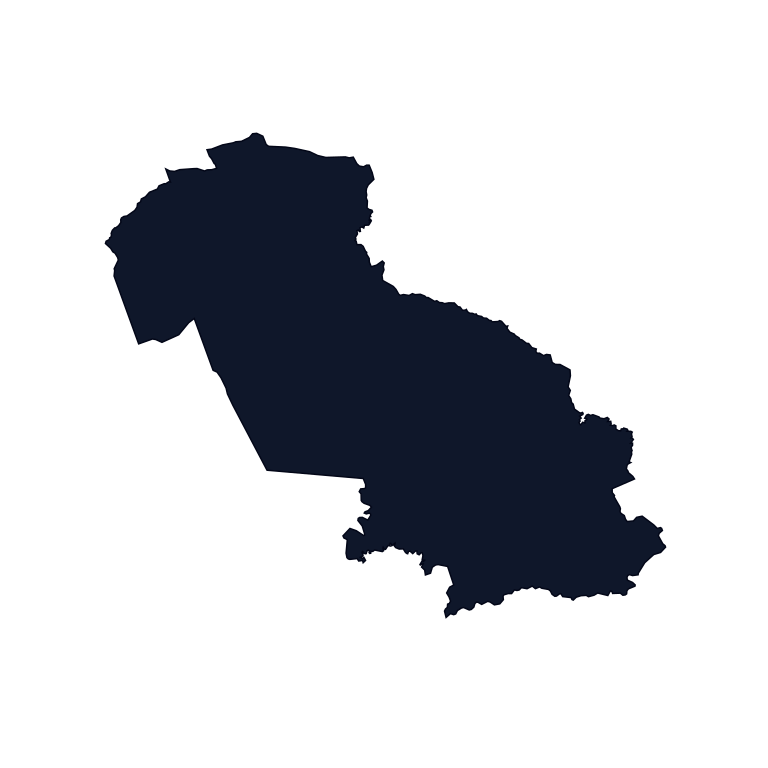 Cascales, Sucumbios, Ecuador, rotated 160°
{"feature_id": "8360857B63398910527025", "entity_name": "Cascales", "entity_type": "district", "adm_level": 2, "iso_a3": "ECU", "parent_name": "Ecuador", "parent_adm1": "Sucumbios", "projection": "mercator", "projection_center": [-77.299, 0.15], "detail": "fine", "context": "isolated", "style": "filled", "palette": "ink", "viewbox_px": 768, "rotation_deg": 160, "n_neighbors": 0, "source": "geoboundaries", "source_scale": "gbopen_adm2", "svg_char_len": 6171}
<svg xmlns="http://www.w3.org/2000/svg" viewBox="0 0 768 768"><g transform="rotate(160 384 384)"><path d="M405.5,143.4L400.1,145.5L397.4,143.4L395.3,143.4L392.5,146.0L387.7,147.0L385.6,146.7L381.2,142.5L379.0,142.3L375.9,143.6L373.7,146.6L371.7,147.4L370.3,146.7L367.6,143.5L360.9,144.3L358.8,142.8L355.8,138.7L350.4,137.8L345.6,140.5L344.8,143.7L343.5,144.9L338.9,144.6L335.8,143.4L331.9,145.9L329.7,144.5L327.5,144.2L324.5,145.6L319.6,142.7L313.8,143.4L311.7,139.9L307.2,140.1L305.6,138.1L299.7,134.7L298.4,132.5L298.0,128.9L296.1,126.1L294.4,125.7L290.7,126.8L289.5,126.4L288.8,123.1L281.2,119.3L281.1,117.2L280.1,116.2L276.3,117.9L271.3,117.7L266.2,116.2L264.6,114.2L258.8,113.7L254.7,114.5L246.0,108.7L242.1,112.1L240.8,111.2L240.8,109.0L233.4,106.6L231.8,103.8L229.5,103.3L227.8,103.8L226.5,106.6L224.4,107.9L217.3,108.2L216.7,109.3L218.3,112.5L222.3,116.4L222.0,118.9L220.4,120.7L218.5,120.9L216.0,119.0L210.5,117.8L209.7,119.3L200.1,126.9L188.8,131.5L181.7,131.1L175.2,134.4L175.2,136.0L176.7,138.5L178.1,147.5L176.5,149.6L172.5,151.1L172.5,153.4L173.3,154.5L176.6,154.8L178.7,159.3L186.6,171.5L192.2,172.3L196.4,170.0L202.5,171.6L203.3,174.2L203.2,178.2L205.7,181.6L205.8,183.7L204.5,185.9L204.4,187.9L206.4,199.4L205.5,200.4L206.7,203.9L205.4,207.6L181.1,209.1L181.8,212.1L184.7,217.2L184.5,218.6L185.3,221.3L183.4,224.5L182.0,225.4L179.0,225.8L180.3,227.1L175.2,233.3L174.6,235.9L173.7,236.4L173.5,239.9L171.4,241.4L170.7,243.4L172.6,244.0L168.6,246.6L169.1,248.0L170.4,248.8L168.9,249.7L168.5,252.5L167.2,253.9L168.2,255.1L171.8,256.5L170.7,257.1L170.9,258.4L173.8,260.6L174.4,260.1L176.4,260.6L177.6,259.1L179.7,260.0L181.5,262.4L180.4,265.4L181.7,266.8L183.4,266.7L185.4,267.8L184.2,268.8L183.7,271.4L186.7,272.3L184.5,274.1L185.6,276.2L189.1,276.1L192.7,278.1L193.2,279.5L198.2,283.7L200.7,283.8L202.4,285.6L204.4,285.5L207.1,283.2L205.3,282.0L205.5,281.2L207.6,280.8L208.6,278.7L210.4,280.1L213.1,278.3L213.6,278.8L214.0,281.2L212.4,282.1L212.6,283.7L210.4,284.5L211.2,286.8L207.6,287.3L206.9,288.4L207.4,289.5L208.8,289.2L210.3,290.4L213.6,295.3L213.1,300.4L214.1,302.4L213.5,306.2L214.4,310.1L211.1,314.3L212.0,318.3L206.0,328.0L204.4,333.6L211.9,342.1L216.3,343.8L218.6,346.7L217.9,354.5L221.2,356.2L224.4,356.1L227.3,359.8L229.6,360.5L230.2,362.7L228.9,364.8L232.6,367.6L234.2,372.6L236.2,373.5L239.2,378.2L241.3,379.8L241.3,381.2L244.1,384.7L244.5,386.3L248.0,389.7L249.4,394.3L247.9,396.2L249.7,396.5L252.1,402.7L253.7,404.0L255.4,403.7L261.1,405.4L261.7,407.0L263.3,407.8L265.1,410.7L268.0,412.0L269.2,414.1L272.9,416.3L273.4,418.3L275.0,418.5L276.6,420.1L279.3,421.2L280.8,423.4L281.1,425.9L282.2,425.6L285.0,426.4L286.2,430.3L288.1,431.4L290.2,436.1L295.4,438.1L299.6,438.8L301.5,440.5L304.1,441.6L305.9,444.2L308.2,444.3L312.9,450.1L314.8,450.9L315.6,452.7L319.2,455.9L324.2,457.3L326.4,459.2L330.1,458.6L335.1,461.4L338.3,461.7L339.4,463.1L340.4,468.8L341.9,472.5L349.8,481.7L348.7,487.0L345.0,491.3L344.5,494.6L342.4,497.7L343.5,500.1L350.4,498.2L355.9,498.6L356.1,503.5L355.0,507.1L356.0,512.1L355.2,513.6L356.0,515.1L356.5,520.5L358.0,522.9L361.8,524.2L361.3,527.8L362.1,528.8L360.8,529.8L360.9,531.4L357.6,534.1L357.0,537.4L355.5,537.5L355.0,535.7L354.0,535.5L353.2,539.0L351.1,539.2L349.7,537.5L348.0,539.8L344.1,538.6L342.6,539.6L342.6,540.4L341.9,540.2L340.1,541.7L340.2,542.4L340.9,541.7L342.0,542.5L341.8,543.3L340.9,543.4L340.9,544.9L340.0,546.2L339.2,546.0L339.4,546.9L338.1,548.6L335.9,549.6L335.9,551.4L338.5,553.3L339.7,555.3L337.0,561.6L337.1,565.1L335.6,567.5L335.0,570.9L333.5,573.8L330.7,576.5L323.5,579.8L322.8,586.8L323.1,594.7L325.4,595.6L328.9,595.1L332.6,597.2L334.2,600.4L335.3,607.7L339.3,608.4L342.6,610.6L361.2,616.8L368.2,621.4L374.5,627.8L387.3,635.9L395.5,640.3L411.1,646.8L412.8,649.3L413.1,658.3L417.9,663.1L421.9,664.1L426.1,661.7L434.9,660.8L440.4,662.3L443.1,662.2L454.0,663.9L465.7,663.7L470.2,664.7L470.1,657.8L468.9,654.6L468.2,649.3L467.4,648.2L467.5,643.9L472.6,644.3L477.0,645.7L479.7,645.5L485.8,650.3L488.3,651.2L502.7,655.3L508.1,655.4L512.5,657.5L515.5,660.7L515.6,646.8L517.1,647.6L520.7,646.8L522.0,647.4L527.6,647.2L530.3,644.7L538.8,644.4L544.1,641.5L548.7,640.9L550.5,638.4L553.9,637.8L555.6,634.6L558.9,632.3L568.0,629.8L571.1,630.4L573.9,629.8L575.2,628.4L576.0,625.8L579.3,623.5L582.6,622.5L583.7,622.8L586.7,621.3L588.9,618.8L589.1,617.2L590.5,615.3L591.8,615.2L592.7,613.7L596.3,613.2L597.7,611.3L594.4,605.0L593.6,601.0L592.0,598.9L591.0,593.9L591.3,591.3L598.1,584.6L598.3,582.7L600.7,577.8L600.8,505.6L586.2,505.5L583.3,503.9L578.4,499.1L560.0,500.5L546.6,508.4L539.9,510.5L539.9,455.3L536.8,452.3L535.0,445.5L533.8,434.1L534.5,428.2L533.3,415.7L523.4,343.0L435.8,302.3L435.6,296.0L436.6,293.2L437.1,292.5L438.4,292.5L441.8,293.4L444.1,291.3L443.1,288.6L445.2,282.4L444.9,280.9L443.5,278.7L438.8,274.8L437.9,272.6L442.2,270.4L445.5,270.4L446.7,269.5L445.1,268.0L441.7,267.6L441.1,266.3L441.5,265.0L445.8,261.7L450.0,266.1L452.6,266.9L454.2,266.5L455.2,264.7L453.0,258.0L453.5,249.6L454.1,248.5L455.0,248.6L460.2,255.6L465.4,259.9L474.5,255.3L474.3,253.0L472.0,250.6L472.0,249.7L477.5,238.0L478.2,233.5L477.4,231.8L476.1,230.9L468.9,229.1L468.3,226.3L464.5,225.5L464.7,223.2L461.7,224.5L462.2,227.9L463.9,227.4L465.4,229.3L462.9,229.5L462.2,230.3L462.3,233.3L461.5,234.1L460.8,233.4L460.9,232.0L459.7,230.9L458.8,230.7L457.0,233.0L455.7,233.3L454.7,232.4L455.7,230.7L455.4,229.7L454.4,229.5L453.4,231.3L451.8,230.5L449.6,231.2L442.9,227.1L441.4,227.5L441.3,230.3L440.6,231.0L439.8,228.3L439.1,228.1L435.5,230.8L433.6,229.7L433.5,231.7L432.8,232.3L432.0,231.7L431.9,229.4L427.9,230.8L428.1,229.8L429.8,228.8L429.0,226.3L426.2,223.7L422.3,222.5L421.4,218.3L420.5,216.9L419.8,216.4L418.4,218.1L416.8,218.2L415.0,214.8L411.5,216.3L410.2,215.9L410.9,213.1L409.4,211.5L406.7,212.8L405.8,212.4L406.1,209.4L408.2,205.9L406.1,204.5L407.7,203.7L408.7,204.7L412.0,202.0L411.8,201.5L409.9,202.1L408.7,201.6L411.3,199.1L409.4,195.3L410.4,190.4L405.0,190.3L401.3,195.3L397.4,196.3L394.9,195.8L386.6,190.8L387.2,171.3L391.8,170.6L396.6,166.2L395.7,161.6L395.7,157.2L397.7,155.4L399.5,155.4L400.9,152.4L403.2,151.5L404.8,149.9L405.5,143.4Z" fill="#0f172a" stroke="#020617" stroke-width="1.5"/></g></svg>